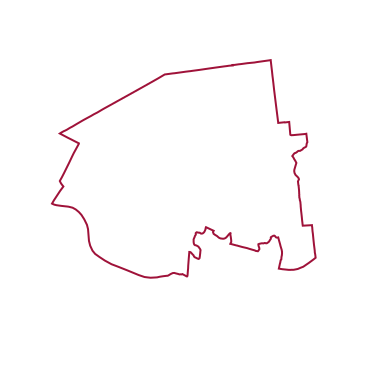 Radovanu, Calarasi, Romania (Mercator projection), rotated 153°
{"feature_id": "2599482B28336823997090", "entity_name": "Radovanu", "entity_type": "district", "adm_level": 2, "iso_a3": "ROU", "parent_name": "Romania", "parent_adm1": "Calarasi", "projection": "mercator", "projection_center": [26.509, 44.188], "detail": "fine", "context": "isolated", "style": "outline", "palette": "rose", "viewbox_px": 384, "rotation_deg": 153, "n_neighbors": 0, "source": "geoboundaries", "source_scale": "gbopen_adm2", "svg_char_len": 5670}
<svg xmlns="http://www.w3.org/2000/svg" viewBox="0 0 384 384"><g transform="rotate(153 192 192)"><path d="M142.8,302.0L146.6,303.3L153.8,305.8L154.3,306.0L154.7,306.2L162.4,308.9L162.9,309.1L164.6,309.0L170.8,308.6L190.0,307.8L217.5,306.8L225.6,306.5L231.7,306.3L234.2,306.2L240.2,305.8L242.0,305.8L244.1,305.8L245.9,305.7L247.3,305.6L251.8,305.5L255.7,305.4L257.8,305.3L261.0,305.1L263.0,305.0L266.0,304.8L268.8,304.6L271.2,304.6L272.8,304.5L275.0,304.3L276.6,304.3L277.5,304.3L278.3,304.4L281.3,304.3L282.4,304.2L283.2,304.1L278.0,296.7L275.7,293.6L273.4,290.4L270.7,286.7L271.1,286.2L276.5,282.5L279.6,280.4L282.8,278.0L288.1,273.9L292.8,270.4L297.5,266.9L299.3,265.6L301.4,264.1L302.9,263.1L304.8,261.8L304.8,259.7L304.8,259.1L304.4,256.7L304.3,256.3L304.1,255.3L309.1,252.8L317.0,248.3L318.6,247.4L322.0,245.2L321.5,244.5L320.4,243.2L318.4,241.5L318.2,241.4L316.8,240.4L315.5,239.5L314.8,239.0L311.0,236.5L309.9,235.8L308.6,234.9L305.5,232.2L303.5,229.2L301.9,225.5L300.9,221.8L300.4,216.5L300.5,210.4L301.5,206.1L306.0,195.2L307.1,190.4L307.3,184.9L306.4,180.8L303.9,176.0L300.8,170.5L296.5,164.2L291.7,158.9L285.0,151.3L277.2,142.2L272.9,137.8L270.4,136.1L267.8,134.4L261.9,131.8L260.3,131.4L259.1,131.1L256.1,130.1L254.7,129.6L252.8,128.9L251.6,128.4L250.4,128.4L248.3,128.6L245.9,128.5L244.5,127.9L243.1,126.6L241.7,125.4L240.6,124.3L240.0,124.0L239.2,123.7L238.5,123.2L238.2,123.2L237.8,123.2L235.7,120.2L235.3,119.5L235.0,119.2L234.8,119.0L234.7,119.0L234.4,119.1L234.0,119.6L233.8,119.8L230.8,124.7L230.2,125.6L229.2,127.4L228.8,128.1L224.9,134.5L223.1,137.4L222.3,138.7L221.7,139.6L221.6,139.8L221.4,139.7L221.0,139.4L220.8,139.2L220.5,138.8L220.4,138.4L219.8,136.2L219.7,135.8L219.5,135.2L219.4,135.0L219.4,134.4L219.5,133.6L219.3,133.2L219.2,132.7L219.0,132.4L218.1,131.3L217.5,130.4L217.1,130.0L216.7,129.5L216.6,129.4L216.4,129.3L215.5,129.6L215.1,129.8L215.0,130.0L214.8,130.4L214.0,131.4L213.6,132.1L212.5,133.7L211.5,135.3L210.8,136.3L210.7,136.8L210.7,137.6L210.9,139.0L211.1,140.4L212.1,142.0L212.8,142.8L213.4,143.2L213.8,144.0L213.8,144.9L213.7,145.3L213.5,146.0L213.3,146.6L213.0,147.2L212.1,149.0L211.6,149.5L211.2,149.8L210.5,150.4L210.2,150.6L209.8,151.0L209.6,151.3L209.0,151.7L208.6,151.9L208.1,152.2L208.0,152.3L207.8,152.6L207.7,152.8L207.6,153.2L207.5,153.4L207.3,153.7L207.0,153.8L206.7,153.9L206.3,154.0L206.1,154.0L205.8,153.8L205.2,153.2L204.9,153.0L203.6,152.2L202.9,150.9L202.6,150.7L202.4,150.6L201.9,150.4L201.5,150.3L200.8,150.3L200.2,150.5L199.7,150.6L199.1,150.9L198.4,151.4L197.9,151.8L197.3,152.3L197.0,152.5L196.7,152.9L196.5,153.3L195.9,154.0L195.5,154.3L190.3,147.6L191.5,146.8L191.6,145.9L191.7,144.8L191.4,144.3L191.0,143.5L190.2,142.2L189.6,141.2L189.0,139.6L188.6,138.8L187.7,137.7L186.8,137.1L185.5,136.2L184.1,135.8L182.8,135.8L181.2,136.3L178.4,137.5L177.6,137.8L176.6,138.0L176.4,137.7L176.6,137.5L176.7,137.3L177.0,136.9L177.3,136.1L177.4,135.8L177.9,134.2L178.9,131.4L179.2,130.7L179.5,130.1L179.7,129.7L179.9,129.6L180.3,129.2L180.7,129.0L181.2,128.6L181.4,128.4L180.9,128.0L179.9,127.1L176.9,124.4L176.3,123.9L176.1,123.8L175.4,123.1L172.1,120.1L168.4,117.0L166.8,115.4L163.8,112.6L162.5,111.4L162.1,110.7L161.7,110.4L161.0,109.9L160.2,109.3L159.6,109.5L157.9,110.5L157.4,111.8L157.3,112.9L157.1,114.0L156.6,115.3L155.7,115.3L154.6,115.0L153.6,114.8L152.1,114.1L151.5,113.7L151.1,113.7L150.5,113.6L150.2,113.5L150.0,113.3L149.7,113.0L149.3,112.7L148.7,112.4L148.1,112.4L147.5,112.5L146.3,112.7L145.4,113.1L144.4,113.8L143.3,114.3L142.8,114.8L142.4,115.8L142.2,115.9L141.6,116.0L140.5,116.0L139.6,116.1L138.8,115.9L138.4,115.7L138.1,115.1L137.9,114.1L137.7,113.4L137.2,112.9L136.6,112.6L135.8,112.4L135.9,111.9L136.3,110.1L137.3,105.1L137.6,104.0L138.1,101.2L138.2,100.6L138.3,100.0L138.5,99.2L138.7,98.7L138.8,98.3L138.9,97.9L139.0,97.8L139.6,96.5L139.9,96.0L140.2,95.6L140.5,95.0L140.7,94.8L141.9,93.3L142.0,93.1L142.3,92.6L142.9,91.6L143.1,91.3L143.6,91.2L144.1,90.8L145.0,89.6L145.7,88.7L145.9,88.6L149.4,84.3L146.7,82.3L141.0,78.6L136.6,76.5L132.7,75.4L129.7,75.2L126.8,74.9L119.9,75.8L114.0,76.8L111.7,77.3L110.6,80.3L109.9,82.7L109.4,83.7L107.9,87.8L107.2,89.8L106.8,90.8L105.5,94.2L104.4,97.0L103.3,99.8L102.4,102.4L100.9,106.0L100.7,106.7L100.3,107.8L100.2,108.0L108.6,111.7L107.9,113.7L107.6,114.4L107.0,116.1L105.2,120.7L103.7,124.7L103.5,125.3L101.7,129.8L101.0,131.3L100.8,131.9L100.6,132.4L100.3,133.1L100.0,133.9L99.8,134.6L99.7,135.1L99.6,135.9L99.4,136.3L99.2,136.6L99.1,137.3L98.9,138.0L98.9,138.3L98.4,139.3L98.2,139.9L98.1,140.2L97.9,140.4L97.7,140.7L97.2,142.0L96.7,143.0L96.4,143.7L95.9,144.8L94.8,147.6L94.3,148.9L94.0,149.4L94.1,149.8L93.2,152.2L92.9,153.0L92.8,153.3L92.3,153.7L91.7,154.2L91.0,154.7L90.9,155.0L90.8,155.5L90.8,156.0L90.8,156.5L91.1,157.6L92.0,160.2L92.0,162.4L91.4,164.3L90.6,165.5L88.4,167.8L86.7,169.6L85.8,170.5L85.8,171.1L85.8,172.1L85.8,173.2L86.0,174.6L86.0,176.8L86.3,178.5L85.3,179.0L83.7,179.8L82.9,180.0L81.8,179.8L80.1,180.0L79.6,180.2L79.0,180.3L78.2,180.2L77.0,179.6L74.1,179.8L73.3,180.3L72.1,180.5L70.5,180.5L70.2,180.5L69.6,180.7L69.2,181.1L68.3,182.4L67.7,183.2L66.8,183.9L66.6,184.0L63.7,192.0L64.8,192.3L66.6,193.0L72.6,195.4L75.9,196.7L77.7,197.5L78.0,197.8L78.2,198.0L78.4,198.4L73.6,210.3L77.7,211.8L77.8,212.1L83.8,214.4L78.0,230.5L72.3,246.2L70.1,252.0L68.3,256.9L67.7,258.6L65.9,263.3L64.5,267.1L62.5,272.5L62.0,273.8L63.6,274.3L74.9,278.2L77.5,279.0L84.1,281.6L90.7,283.9L92.2,284.5L96.6,286.0L97.8,286.6L98.3,286.8L98.4,286.3L100.7,287.3L101.7,287.7L104.1,288.5L106.0,289.2L115.2,292.4L116.1,292.7L121.6,294.6L129.9,297.4L137.0,299.9L138.8,300.5L139.8,300.9L142.0,301.7L142.8,302.0Z" fill="none" stroke="#9f1239" stroke-width="2"/></g></svg>